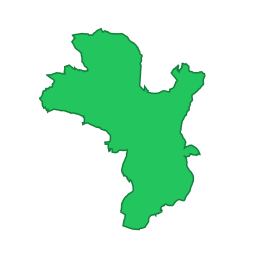 outline of Vultureni, Cluj, Romania, rotated 82°
{"feature_id": "2599482B57852865325631", "entity_name": "Vultureni", "entity_type": "district", "adm_level": 2, "iso_a3": "ROU", "parent_name": "Romania", "parent_adm1": "Cluj", "projection": "natural_earth1", "projection_center": [23.551, 46.958], "detail": "fine", "context": "isolated", "style": "filled", "palette": "green", "viewbox_px": 256, "rotation_deg": 82, "n_neighbors": 0, "source": "geoboundaries", "source_scale": "gbopen_adm2", "svg_char_len": 5751}
<svg xmlns="http://www.w3.org/2000/svg" viewBox="0 0 256 256"><g transform="rotate(82 128 128)"><path d="M230.1,131.1L229.4,130.6L229.1,130.1L229.2,128.3L228.8,125.8L228.4,124.6L226.9,123.8L225.6,122.3L223.5,120.7L220.6,120.1L219.6,119.7L217.9,117.7L217.4,116.6L217.4,115.9L217.7,115.3L217.2,114.1L217.6,113.3L218.5,112.7L217.2,112.5L216.9,112.3L217.0,111.4L216.8,110.7L217.0,109.7L216.3,109.1L216.5,108.8L216.2,108.3L216.3,108.0L215.7,106.4L214.8,106.0L214.8,106.4L214.2,106.5L212.8,106.1L213.8,106.9L213.8,107.2L213.5,107.3L212.5,106.6L212.3,106.7L211.4,106.4L210.3,105.4L210.3,105.0L210.0,104.6L210.1,104.1L209.8,104.0L209.7,103.6L209.7,102.9L209.4,103.0L208.6,101.4L208.8,100.8L209.8,99.8L210.6,97.9L210.5,97.0L210.9,95.7L210.9,94.8L210.5,94.0L208.2,91.9L207.2,90.7L205.9,88.2L205.9,87.2L207.5,83.9L207.6,82.5L206.8,81.6L204.9,80.8L203.0,79.4L201.5,77.7L200.7,77.1L199.3,75.7L194.9,73.8L192.2,72.1L190.7,71.5L189.5,70.7L186.5,70.2L184.2,70.2L182.7,70.7L180.6,71.6L178.4,73.2L174.3,74.9L172.6,75.0L169.9,74.3L168.8,74.6L167.0,74.5L165.2,75.0L163.7,75.8L163.8,75.5L165.0,74.6L164.5,73.3L164.5,71.4L163.6,70.9L162.8,69.7L162.5,69.7L162.9,69.2L162.6,68.6L163.5,67.7L164.1,64.9L164.6,63.6L163.5,62.6L163.5,62.2L164.3,60.6L163.6,60.5L160.3,61.5L157.5,63.2L155.7,65.1L155.7,65.5L154.9,66.1L153.9,67.4L153.8,69.7L154.6,71.4L154.4,72.3L155.8,74.9L152.1,73.7L150.6,72.9L149.7,72.9L147.5,73.6L145.0,74.9L142.5,75.4L141.3,76.1L140.6,76.8L139.4,76.9L136.8,75.8L133.8,75.1L128.5,73.3L127.3,72.1L124.8,70.5L123.5,69.4L123.5,68.7L123.2,68.5L119.9,67.2L119.5,66.3L119.0,65.7L119.0,65.4L118.6,65.0L117.1,64.7L116.2,65.0L115.4,64.1L113.6,63.2L112.6,63.1L111.5,62.7L110.1,61.0L109.2,60.3L105.4,60.3L104.5,60.0L103.4,58.5L102.6,56.6L101.5,55.4L101.4,54.7L100.1,53.4L99.9,52.9L99.2,52.3L99.1,51.7L98.5,50.9L96.9,49.5L95.3,47.2L91.3,46.9L90.4,46.6L87.2,44.8L84.8,44.8L84.0,46.5L82.6,47.2L82.6,49.4L82.9,50.1L83.1,51.5L82.7,52.7L82.7,54.6L82.5,55.4L81.4,56.5L80.6,58.3L80.5,59.3L79.5,59.6L78.0,59.6L76.0,59.2L75.0,59.4L74.7,59.9L72.5,61.6L73.0,62.1L72.6,62.7L72.6,63.3L71.9,64.1L71.6,64.9L72.1,65.6L72.7,65.2L73.9,65.6L74.3,66.2L75.8,66.3L76.2,66.9L76.7,67.0L76.7,67.6L77.7,68.8L79.7,69.6L78.0,70.9L77.6,70.2L77.0,70.0L76.8,70.2L76.9,71.0L76.2,70.8L75.7,70.9L75.3,70.6L75.3,70.0L74.7,69.7L73.1,69.3L72.9,69.5L74.3,71.2L74.5,72.0L75.7,73.0L75.6,73.8L76.5,74.9L79.5,77.5L87.7,72.5L88.4,73.1L88.7,73.8L94.0,76.9L95.0,78.4L95.6,81.3L98.0,81.8L97.1,84.8L96.4,86.2L96.1,88.2L97.7,92.9L97.5,96.7L96.8,99.9L95.1,103.8L94.0,102.9L93.2,103.7L89.2,105.7L92.1,106.4L93.2,106.9L87.9,110.6L69.1,106.7L68.3,106.4L67.4,106.5L67.2,106.9L66.1,107.1L63.4,105.4L60.2,105.0L58.6,104.0L57.6,104.4L56.2,105.9L54.2,105.8L50.5,107.1L49.4,107.2L49.2,107.4L49.0,107.8L46.9,108.8L44.5,110.7L43.7,111.8L43.5,112.6L42.5,113.3L42.0,113.9L40.9,114.7L39.2,115.3L37.8,116.0L33.8,120.7L33.8,121.6L33.5,122.5L33.6,124.5L33.1,126.0L33.1,127.5L32.6,128.6L32.6,129.5L31.8,132.6L30.5,133.9L30.5,134.5L29.8,134.8L29.5,135.7L29.6,136.5L28.8,136.8L28.6,137.3L29.4,139.7L25.9,140.9L27.4,145.3L28.6,146.9L29.6,148.9L31.2,150.2L30.8,151.4L30.5,154.0L29.6,154.1L29.0,155.7L29.0,156.7L28.1,160.2L28.2,168.4L28.4,170.0L28.9,169.8L30.7,168.4L31.4,168.1L31.5,168.7L32.3,169.2L32.6,169.2L34.9,171.6L35.5,171.1L41.9,168.8L45.3,165.3L47.8,163.8L49.2,164.0L52.8,163.7L54.7,164.2L56.3,164.2L57.8,163.0L60.4,162.4L61.4,161.6L62.0,160.7L62.9,160.1L63.4,159.9L65.6,159.8L65.8,160.0L65.8,160.5L65.4,161.5L66.1,162.5L65.3,163.6L65.8,163.9L64.2,166.1L64.3,166.4L63.6,167.7L64.3,168.3L62.1,171.4L61.7,171.6L61.6,172.1L61.3,172.3L61.5,172.3L61.4,172.5L62.4,172.6L61.2,174.1L57.6,177.5L57.5,177.8L58.0,178.2L58.0,179.0L58.4,179.3L58.0,180.0L58.3,180.8L58.5,182.1L61.0,182.4L63.9,183.4L64.1,182.9L65.5,182.8L65.6,184.1L64.5,186.7L63.4,191.0L64.5,196.3L64.6,197.7L64.3,200.9L64.7,200.8L64.8,200.3L66.8,198.5L69.4,195.4L70.6,194.5L71.6,194.3L72.7,195.3L74.2,196.3L73.9,196.6L74.2,196.8L76.9,197.2L76.6,199.9L77.5,201.0L78.0,201.2L77.9,201.9L77.4,203.3L77.6,203.9L79.3,204.0L79.3,206.0L80.3,207.2L81.3,207.4L81.6,207.7L82.3,207.7L82.6,208.1L83.6,208.2L85.1,209.5L85.7,210.3L86.0,211.1L86.6,211.2L87.5,211.0L87.7,210.7L90.5,209.0L91.6,209.6L92.2,209.5L94.4,209.5L95.8,208.5L95.9,208.4L96.0,208.7L96.7,208.6L96.1,207.0L99.2,206.2L98.7,204.8L99.8,205.1L101.0,205.2L100.2,203.9L100.3,202.7L99.6,201.2L99.1,198.4L100.2,195.7L100.3,194.4L101.3,192.6L101.6,191.1L101.8,189.0L105.0,182.8L105.4,182.6L105.2,182.2L105.5,180.6L105.4,180.2L106.4,178.2L106.4,177.5L106.7,177.3L106.9,176.4L107.4,175.7L107.6,174.9L109.7,171.9L110.2,170.1L111.2,170.7L112.2,169.9L114.5,170.1L116.4,170.6L116.4,172.2L118.3,172.2L117.3,169.3L117.3,167.5L117.5,166.9L119.2,164.8L121.6,160.7L122.6,159.5L123.2,157.8L123.0,157.6L123.4,156.1L123.9,156.2L124.4,155.1L125.4,154.8L125.9,153.8L126.0,153.2L126.4,152.8L126.5,152.0L126.9,151.8L126.7,151.4L127.5,150.1L127.9,150.0L128.8,149.1L130.8,148.0L131.6,147.2L132.9,146.6L134.7,146.6L137.7,147.3L139.1,148.1L138.8,152.8L140.9,152.8L141.2,149.7L144.0,150.3L148.5,150.0L147.9,148.7L146.0,148.6L146.3,146.7L149.7,147.0L150.5,144.5L150.7,142.9L150.2,141.8L150.1,141.2L149.5,140.9L149.1,140.3L148.8,139.1L149.7,135.3L149.7,131.8L152.4,132.5L153.3,133.0L155.5,133.3L163.2,138.0L168.9,140.1L171.6,139.9L171.5,139.3L171.8,139.1L173.6,139.2L174.8,138.7L174.0,138.2L176.8,135.5L177.2,135.8L177.6,135.4L178.0,135.8L181.4,134.0L179.7,132.8L180.9,132.0L186.1,131.1L190.1,131.4L191.0,131.7L191.8,132.5L192.2,133.9L193.0,135.0L193.1,135.6L193.8,137.1L195.5,138.9L195.7,139.8L198.3,142.3L200.8,143.8L201.4,144.4L203.6,145.1L205.5,145.3L207.0,145.8L208.1,145.8L208.6,146.4L208.8,146.2L210.3,146.7L213.5,142.7L214.8,143.2L216.5,143.4L218.8,144.8L224.1,146.5L228.6,137.7L230.1,131.1Z" fill="#22c55e" stroke="#15803d" stroke-width="1.5"/></g></svg>